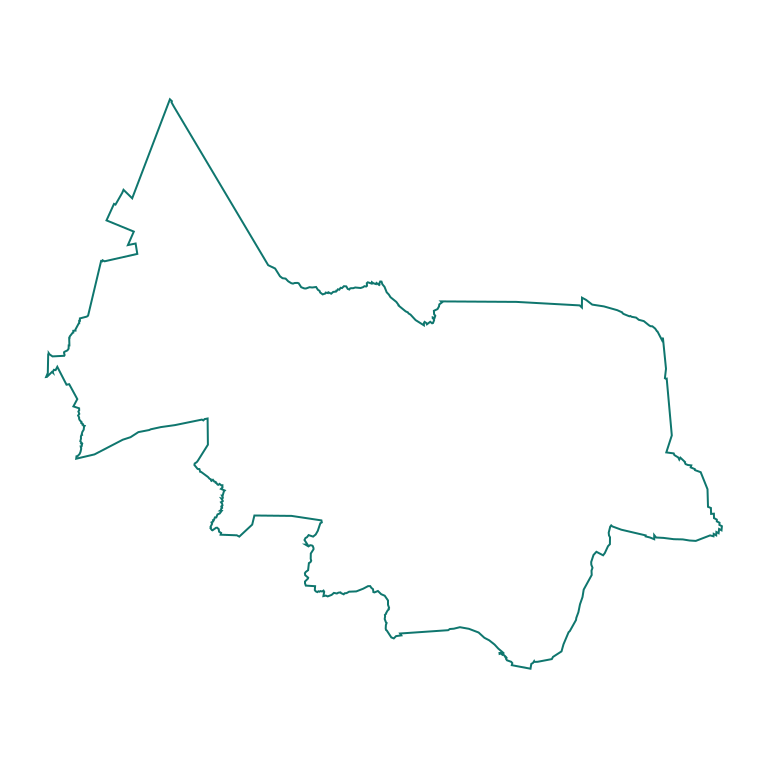 outline of Río Grande, Zacatecas, Mexico
{"feature_id": "50627088B78022927430192", "entity_name": "Río Grande", "entity_type": "district", "adm_level": 2, "iso_a3": "MEX", "parent_name": "Mexico", "parent_adm1": "Zacatecas", "projection": "natural_earth1", "projection_center": [-103.094, 23.812], "detail": "fine", "context": "isolated", "style": "outline", "palette": "teal", "viewbox_px": 768, "rotation_deg": 0, "n_neighbors": 0, "source": "geoboundaries", "source_scale": "gbopen_adm2", "svg_char_len": 6049}
<svg xmlns="http://www.w3.org/2000/svg" viewBox="0 0 768 768"><path d="M671.8,435.4L666.7,378.6L665.9,378.8L664.9,378.2L666.0,368.8L662.9,337.7L662.0,340.2L657.5,331.5L657.0,331.3L655.2,328.6L652.4,326.3L650.5,326.2L649.0,325.3L643.8,321.1L638.8,319.8L636.1,317.6L631.7,316.8L630.3,316.0L629.4,316.3L623.9,314.1L622.6,313.3L622.2,312.4L617.3,310.2L603.9,306.4L592.2,304.6L586.1,299.9L582.0,297.7L581.9,307.5L579.7,305.4L516.5,301.9L441.1,301.4L442.1,302.3L439.3,304.4L439.0,306.4L437.5,309.1L433.9,310.8L434.1,314.2L435.3,315.8L434.5,318.1L432.7,317.4L432.7,318.2L433.8,319.2L434.1,320.2L433.0,323.0L432.1,323.3L430.2,321.8L426.9,324.3L426.4,323.1L424.6,321.9L423.9,323.1L423.9,325.3L415.6,320.1L410.5,314.6L408.5,313.4L407.9,312.4L405.7,311.4L398.6,305.6L398.8,305.3L396.3,301.9L390.5,297.2L388.8,294.5L386.7,292.3L384.5,286.8L382.4,284.3L381.5,281.6L380.2,281.5L379.4,283.2L379.5,284.7L379.2,285.0L376.5,283.0L376.0,284.1L373.5,283.3L371.9,282.2L371.7,283.6L367.8,282.3L366.8,283.2L367.0,285.8L366.2,286.5L364.4,286.2L363.0,287.2L360.6,288.0L355.2,287.5L353.2,288.2L351.0,288.2L350.0,288.5L349.3,289.5L347.7,288.9L346.3,286.4L343.9,286.2L342.0,288.1L340.6,287.8L339.3,289.7L337.9,289.3L337.0,290.7L336.3,290.7L336.0,291.6L333.2,291.9L331.2,293.7L328.4,292.3L328.0,293.1L325.7,292.6L325.3,293.5L322.7,294.4L320.2,292.5L319.5,290.8L317.9,289.8L316.1,287.0L312.2,287.5L309.6,287.2L305.9,288.5L304.2,288.4L301.2,287.2L298.7,283.3L297.5,282.9L294.7,283.0L293.0,283.6L291.3,283.2L288.2,281.3L285.6,278.6L282.5,278.2L280.0,276.3L275.1,268.5L268.2,265.2L173.7,106.3L171.5,102.3L171.9,101.2L169.9,99.3L132.2,198.3L123.5,189.8L122.3,192.7L115.5,204.6L114.0,203.9L106.5,220.4L133.8,231.6L127.9,245.1L135.6,243.5L137.3,253.9L104.6,261.3L102.6,260.3L102.3,261.3L101.1,261.0L88.1,315.6L86.8,316.6L79.9,318.4L79.9,320.8L79.2,320.8L79.2,323.1L78.9,323.1L75.4,329.6L75.5,330.6L73.3,330.8L73.3,332.6L72.6,332.8L69.7,336.5L69.5,338.1L69.2,338.1L69.4,345.4L68.7,345.4L68.6,348.7L67.4,350.4L64.3,351.9L64.0,352.8L64.6,355.0L64.2,355.8L52.5,356.4L49.6,354.4L48.7,353.1L48.7,354.1L48.2,354.3L47.8,373.0L46.1,377.0L46.9,376.9L52.0,371.9L52.9,372.7L52.7,372.1L53.9,369.8L55.6,370.1L57.3,366.8L66.5,384.7L69.2,384.2L77.3,399.1L73.4,406.4L79.1,408.3L79.2,410.3L78.4,411.5L79.3,413.9L78.1,415.5L79.1,417.4L79.1,418.8L79.8,420.3L81.5,422.0L81.2,422.9L82.1,423.4L82.5,424.6L83.0,424.4L83.5,425.7L84.6,425.9L84.0,427.0L83.7,429.7L82.4,431.8L81.8,433.9L82.1,434.9L81.3,435.3L80.9,436.7L81.0,438.6L80.3,441.3L82.0,443.3L81.3,443.7L82.0,444.4L81.6,446.3L80.7,446.4L81.2,448.8L80.5,451.9L79.6,454.0L77.6,456.1L76.5,456.3L76.2,458.7L94.5,454.4L122.8,439.7L130.5,437.2L138.4,432.1L149.3,430.0L150.7,429.3L160.8,427.1L175.0,425.1L201.9,419.6L203.3,420.4L204.6,419.1L207.6,418.5L207.9,444.7L197.8,460.8L196.7,462.2L194.7,463.5L194.4,465.0L197.6,468.9L199.4,469.1L200.2,471.8L201.1,471.9L208.1,477.1L209.5,478.7L210.8,479.3L211.1,480.6L211.5,480.9L212.9,479.8L214.3,481.6L215.6,481.9L215.7,482.8L216.4,483.0L217.6,484.6L218.5,484.8L219.5,483.9L221.6,485.5L222.4,485.3L222.5,487.4L221.0,488.9L224.7,490.5L223.9,491.3L222.7,495.5L221.9,495.5L222.8,497.3L222.7,498.1L222.0,498.7L221.3,498.5L222.7,500.6L222.7,501.3L221.0,502.2L222.1,503.7L222.5,505.3L221.4,506.3L222.1,507.1L222.1,507.9L221.4,508.0L220.9,510.1L220.2,510.6L221.7,510.8L219.7,513.5L217.5,514.4L216.3,517.4L214.9,517.4L213.9,520.0L213.0,520.2L213.2,521.5L211.5,522.4L212.1,523.8L210.5,526.9L210.9,527.7L210.5,528.2L211.9,530.1L212.5,530.3L216.0,527.8L217.1,527.7L218.7,529.1L219.1,531.7L221.1,532.9L220.6,534.7L236.8,535.3L239.3,536.6L252.2,524.6L254.4,515.5L291.5,515.9L321.4,520.4L321.8,522.4L320.3,523.3L317.8,530.8L315.7,534.5L313.1,536.6L308.6,535.1L307.0,537.2L305.5,538.0L304.5,540.0L307.5,544.6L305.5,544.6L308.5,546.4L310.2,545.2L312.0,545.5L312.8,546.1L313.5,548.1L313.5,549.3L310.8,553.5L310.7,558.8L311.2,560.8L310.4,562.2L308.9,563.1L308.1,570.2L305.7,572.0L304.9,573.2L305.2,575.2L308.2,577.7L308.0,578.5L305.0,581.5L305.0,583.3L305.8,585.6L315.1,586.2L314.8,590.0L315.7,591.3L317.3,592.1L318.4,591.3L319.4,591.7L320.4,591.1L322.1,591.5L323.5,590.6L324.2,591.8L323.4,596.1L325.8,595.6L327.7,596.4L331.6,594.9L333.9,592.9L336.9,593.5L338.3,592.7L340.5,592.4L341.0,593.1L343.7,594.3L344.6,593.3L346.6,593.1L349.1,591.7L356.3,591.4L363.2,588.7L368.1,586.1L370.2,586.1L371.3,587.8L373.0,589.2L373.4,592.1L374.5,592.4L377.9,591.0L381.2,594.2L384.7,595.7L388.0,600.5L388.0,604.8L389.1,607.9L388.6,608.6L388.8,609.4L387.6,610.5L386.1,613.1L386.1,613.7L384.9,614.9L385.1,616.3L384.7,619.0L386.1,622.7L386.6,623.0L385.9,625.0L385.7,628.5L386.0,629.9L386.8,630.5L391.3,637.4L393.8,638.4L396.1,636.1L401.3,635.4L400.1,633.5L448.1,630.2L449.9,629.0L453.8,628.7L459.9,627.2L468.9,628.8L478.6,632.5L484.4,637.8L489.2,640.3L494.5,644.5L498.3,648.6L503.5,653.0L503.4,653.6L501.8,652.8L499.5,653.0L499.6,653.9L501.2,653.4L501.7,654.2L503.1,654.3L503.0,654.8L503.5,654.7L505.8,656.8L506.1,657.2L505.7,657.3L506.5,658.0L506.0,658.8L507.0,660.3L511.2,661.8L512.3,663.1L511.8,665.2L530.5,668.7L531.3,663.9L533.0,662.9L534.1,661.2L534.4,661.9L537.6,661.8L551.8,659.1L553.0,656.9L561.5,651.4L563.5,644.3L568.6,632.2L569.8,631.1L576.0,620.0L576.3,617.9L578.4,612.2L580.0,604.3L582.5,597.1L583.7,589.6L591.7,575.0L591.5,570.7L592.5,567.8L591.3,564.7L591.2,562.0L593.5,555.0L596.4,551.8L603.1,555.3L604.8,553.1L608.0,546.2L609.9,544.2L610.0,537.3L609.0,535.4L608.7,532.7L610.2,526.7L611.2,525.4L612.3,526.4L621.3,529.7L645.7,535.4L645.6,536.4L650.0,537.5L654.2,539.2L654.2,535.1L656.1,537.5L663.4,537.9L673.9,539.2L682.7,539.4L689.5,540.5L695.8,540.9L710.1,535.4L713.5,536.3L713.7,533.9L716.2,535.3L716.4,532.0L718.6,533.2L719.1,529.0L721.5,530.3L721.9,526.2L719.4,524.9L719.5,522.7L716.8,521.4L716.8,519.6L714.0,518.1L713.9,513.7L711.1,513.9L710.9,508.0L708.0,506.8L707.5,489.2L700.7,472.2L695.5,470.3L694.9,470.0L694.8,469.1L690.7,467.4L691.3,465.4L687.9,465.0L685.6,464.1L684.8,462.4L685.0,462.0L680.4,457.7L679.3,459.6L678.3,457.5L674.4,455.1L673.7,453.4L666.3,452.4L671.8,435.4Z" fill="none" stroke="#0f766e" stroke-width="2"/></svg>